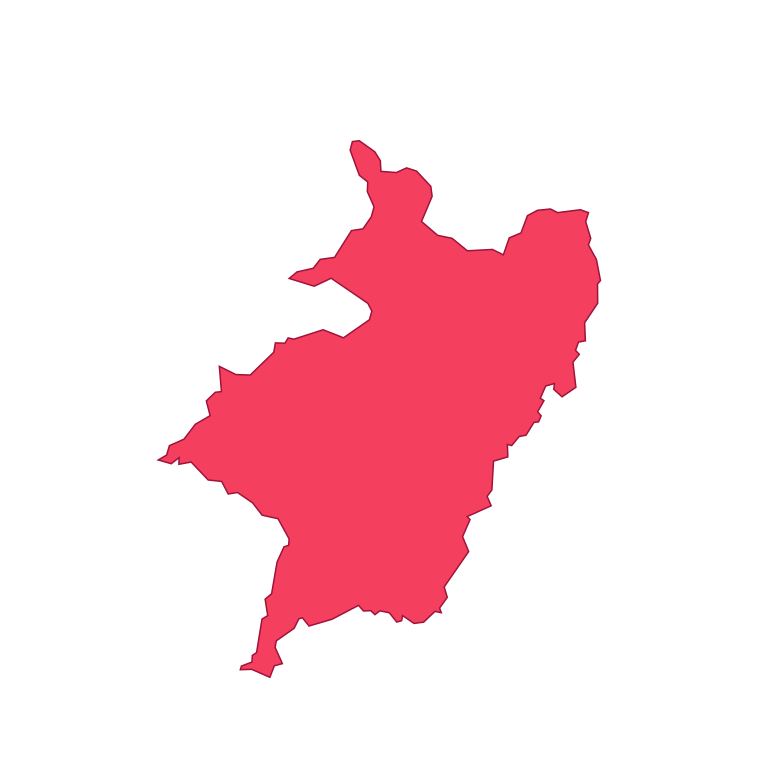 Coronel Portillo, Ucayali, Peru, rotated 62°
{"feature_id": "86281439B8316055413936", "entity_name": "Coronel Portillo", "entity_type": "district", "adm_level": 2, "iso_a3": "PER", "parent_name": "Peru", "parent_adm1": "Ucayali", "projection": "albers", "projection_center": [-74.152, -8.678], "detail": "medium", "context": "isolated", "style": "filled", "palette": "rose", "viewbox_px": 768, "rotation_deg": 62, "n_neighbors": 0, "source": "geoboundaries", "source_scale": "gbopen_adm2", "svg_char_len": 1970}
<svg xmlns="http://www.w3.org/2000/svg" viewBox="0 0 768 768"><g transform="rotate(62 384 384)"><path d="M567.3,540.5L567.5,510.4L574.8,508.7L577.9,502.1L583.4,500.3L582.3,494.2L588.5,486.7L600.2,484.5L601.3,479.6L597.2,476.3L609.5,469.9L612.9,460.8L608.7,445.8L612.8,440.8L607.9,440.1L602.1,428.3L591.4,426.1L571.7,387.9L555.7,386.3L544.1,371.7L540.1,372.8L541.8,346.5L531.6,345.7L528.2,338.5L503.5,323.5L506.5,308.9L495.3,303.4L498.3,300.2L493.8,289.3L495.9,282.7L488.3,269.6L490.0,265.3L485.9,260.2L480.7,261.4L473.8,250.6L470.0,252.7L461.7,242.2L463.6,233.3L468.4,236.6L478.9,232.8L477.0,216.1L453.4,206.9L449.5,197.6L444.2,199.1L438.3,192.6L440.4,185.9L424.1,178.1L413.0,157.4L395.9,148.5L394.3,144.3L373.8,138.0L357.2,138.2L352.5,133.1L335.4,129.7L328.7,123.0L322.3,128.8L314.2,150.2L307.6,154.9L302.7,166.9L302.7,178.3L314.9,192.1L313.8,204.8L326.0,218.0L316.1,225.1L305.5,247.9L287.3,255.5L278.0,266.8L258.1,274.6L240.9,253.4L231.5,249.9L211.3,255.3L203.8,262.6L203.1,273.8L194.8,286.9L185.2,282.4L174.7,283.1L157.6,291.6L155.1,298.1L161.6,304.1L188.2,307.8L198.0,303.5L206.3,308.4L222.9,309.6L230.4,316.7L237.1,329.7L233.3,340.7L249.0,368.2L244.0,381.8L248.6,392.1L244.2,408.1L246.3,418.2L264.9,399.7L265.8,381.0L305.2,360.4L313.9,360.5L320.4,366.7L324.2,398.1L307.5,412.3L302.1,442.5L298.3,447.0L301.5,452.3L296.7,460.6L304.2,466.4L313.3,497.9L306.0,510.5L291.1,521.1L314.4,531.1L312.1,536.8L315.5,548.8L330.3,552.4L331.0,569.5L338.8,586.5L337.7,602.4L344.7,609.3L345.1,619.0L354.5,609.3L352.8,599.5L358.6,602.8L362.4,590.9L386.2,584.3L393.8,573.1L408.0,573.2L411.0,564.3L427.3,555.8L442.6,553.2L453.2,540.8L476.2,540.5L481.7,543.9L480.8,548.7L491.0,562.0L516.4,581.7L518.2,590.0L533.9,595.4L534.3,602.1L561.3,622.6L561.8,627.7L567.5,631.1L566.1,642.3L568.8,645.0L573.9,634.7L589.4,622.5L581.3,613.1L583.2,605.0L565.5,603.8L560.2,599.7L557.5,578.0L551.4,569.5L552.1,565.8L562.5,563.8L567.3,540.5Z" fill="#f43f5e" stroke="#9f1239" stroke-width="1.5"/></g></svg>